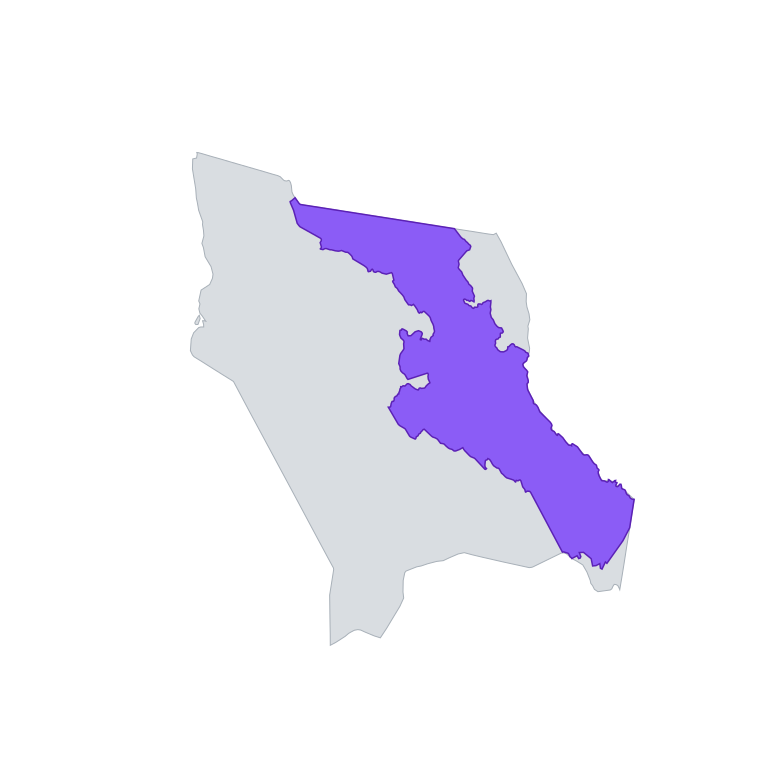 Rift Valley on a map of Kenya (Equal Earth projection), rotated 152°
{"feature_id": "KEN-890", "entity_name": "Rift Valley", "entity_type": "Province", "adm_level": 1, "iso_a3": "KEN", "parent_name": "Kenya", "parent_adm1": "", "projection": "equal_earth", "projection_center": [36.059, 0.919], "detail": "fine", "context": "in_parent", "style": "filled", "palette": "violet", "viewbox_px": 768, "rotation_deg": 152, "n_neighbors": 0, "source": "natural_earth", "source_scale": "10m", "svg_char_len": 8926}
<svg xmlns="http://www.w3.org/2000/svg" viewBox="0 0 768 768"><g transform="rotate(152 384 384)"><path d="M214.1,464.5L213.9,454.7L215.0,429.8L214.9,407.9L215.8,396.9L219.8,390.0L221.6,385.0L223.0,377.9L225.1,372.2L229.8,367.5L230.7,364.9L235.7,357.1L238.7,347.1L241.0,343.7L243.9,340.5L245.9,338.8L249.2,337.2L251.8,336.2L252.3,335.4L252.5,333.8L251.6,327.6L252.7,325.6L254.5,321.4L256.5,317.5L258.3,315.1L259.4,312.5L259.8,308.2L259.9,305.1L259.9,300.0L259.3,288.5L257.2,278.8L255.9,268.1L256.8,264.5L255.2,258.2L254.3,257.9L253.0,256.5L251.2,250.5L249.9,245.1L249.1,243.7L243.4,239.0L240.5,227.8L237.3,225.3L235.6,214.1L235.3,211.0L237.1,199.9L236.9,197.3L235.0,195.0L229.7,192.6L225.3,188.0L225.9,186.4L226.2,184.7L223.9,183.6L217.3,164.6L225.9,153.2L234.5,141.7L245.6,127.1L255.7,113.6L264.5,102.0L272.4,91.7L272.2,93.7L272.2,96.3L273.2,97.9L274.8,99.0L277.0,97.8L279.0,96.2L280.9,95.9L292.6,100.2L294.6,103.9L294.5,108.0L295.0,110.9L294.1,113.9L293.1,122.8L293.4,130.9L296.9,137.0L300.1,141.7L302.6,148.4L304.4,150.4L307.0,151.5L315.1,151.8L327.0,152.2L338.5,152.6L339.6,152.8L342.0,153.7L352.6,162.7L362.3,170.9L370.6,178.1L378.6,185.0L386.3,191.8L392.3,197.4L398.3,199.1L407.9,199.9L414.6,200.2L420.7,202.6L429.9,204.8L436.7,205.9L440.9,207.2L452.3,208.5L454.2,207.7L459.3,201.5L464.9,191.4L467.1,185.8L474.4,180.2L487.3,172.5L496.3,167.1L506.4,161.6L511.0,166.3L517.3,174.0L520.1,177.7L522.4,179.4L525.8,180.5L530.0,180.5L532.3,180.4L536.9,179.4L547.8,178.5L554.1,178.5L548.8,188.6L542.6,200.8L531.1,223.1L522.3,234.8L515.6,243.7L515.0,245.3L515.1,255.2L515.2,279.4L515.3,327.8L515.5,376.2L515.7,424.6L515.7,448.8L515.7,456.9L521.6,467.1L527.3,477.0L534.8,490.2L538.9,497.2L539.5,499.6L539.3,504.3L533.1,514.2L528.0,518.6L521.1,520.8L519.1,520.4L516.4,519.0L515.3,521.3L514.5,525.0L513.0,524.2L511.9,523.1L512.6,529.7L513.3,532.9L512.2,537.3L508.9,541.1L508.6,544.3L501.4,552.8L491.2,553.7L485.8,557.9L483.4,561.3L481.6,568.8L482.2,580.3L479.4,589.2L478.8,593.6L473.5,599.3L471.2,604.6L469.4,610.0L467.9,612.3L466.1,624.3L463.7,631.6L463.0,634.0L462.4,636.2L460.5,640.5L459.2,643.4L458.4,645.4L452.1,664.0L447.2,672.5L443.4,671.5L440.9,674.8L440.6,676.3L439.3,675.4L436.1,672.4L429.6,666.0L423.0,659.7L416.5,653.3L410.0,647.0L403.5,640.7L396.9,634.3L390.4,628.0L383.9,621.6L380.0,617.9L378.3,615.7L377.0,611.3L376.4,610.2L374.6,608.9L372.6,608.6L372.0,607.7L372.0,605.6L372.7,602.6L375.1,596.8L375.4,593.3L374.9,589.4L374.2,583.2L373.5,581.8L369.2,578.5L360.1,571.7L351.0,564.9L341.9,558.1L332.9,551.2L323.8,544.4L314.7,537.6L305.6,530.7L296.5,523.9L287.4,517.1L278.3,510.2L269.3,503.4L260.2,496.6L251.1,489.7L242.0,482.9L232.9,476.1L223.8,469.2L220.4,466.7L217.3,464.5L214.1,464.5ZM516.3,530.9L514.8,531.4L515.6,528.1L520.3,523.9L522.2,524.8L522.5,525.8L522.4,526.7L521.6,527.5L516.3,530.9Z" fill="#d9dde1" stroke="#a8b0b8" stroke-width="1"/><path d="M292.4,138.2L294.0,138.4L294.2,141.7L300.1,141.7L300.2,142.7L300.8,144.1L300.7,147.3L300.9,148.1L304.3,151.5L305.4,151.8L305.4,219.3L305.7,220.7L306.6,221.4L308.0,222.2L309.6,222.0L309.8,222.4L309.2,224.8L309.8,228.0L308.6,234.2L308.9,235.4L309.5,235.7L311.2,235.6L312.1,236.6L312.6,236.8L313.7,235.7L314.0,235.8L314.6,238.2L316.4,240.2L319.7,243.5L320.5,245.3L321.3,248.2L322.1,250.1L322.1,254.5L322.4,255.8L323.8,256.9L325.6,260.4L325.9,262.7L325.9,265.4L326.2,267.8L327.3,269.4L328.3,268.7L330.0,268.9L330.6,268.6L332.9,265.2L333.4,264.1L333.7,262.9L333.2,261.2L334.2,260.9L334.7,261.1L335.0,261.5L338.7,275.4L339.1,276.2L341.5,279.1L342.1,280.5L344.0,287.1L344.3,289.0L344.3,290.8L347.9,290.7L352.1,291.2L353.6,292.0L354.6,294.3L356.5,296.1L357.3,297.4L358.3,299.9L359.1,302.7L359.9,303.6L361.9,305.1L362.7,310.2L364.0,312.3L365.8,314.2L366.5,315.6L369.7,325.2L370.8,325.4L372.1,324.8L373.7,324.4L375.0,323.5L376.7,323.5L378.3,322.3L380.3,322.2L381.2,321.2L382.0,320.7L382.4,320.8L385.1,324.3L385.6,325.2L385.9,326.0L386.3,333.8L386.5,334.8L389.6,339.8L390.3,341.6L391.1,361.5L389.4,360.8L388.8,360.9L386.7,363.5L385.1,364.8L384.5,364.7L384.0,364.3L383.4,364.4L382.4,365.3L381.7,366.7L381.0,367.2L379.8,367.6L378.2,367.5L376.5,368.6L375.6,368.3L374.9,369.4L373.6,370.4L372.1,372.2L371.0,372.8L370.5,373.8L369.6,373.2L368.0,373.5L366.5,372.4L363.4,373.3L362.4,372.9L361.2,371.3L360.9,369.6L358.6,364.8L356.7,362.7L356.1,362.8L355.0,363.7L354.0,363.6L352.9,362.5L350.2,361.4L349.5,361.5L347.6,362.5L344.4,363.4L343.2,363.3L342.8,363.7L342.6,367.7L342.1,368.6L341.8,369.7L340.4,371.7L340.3,372.9L340.9,373.3L360.7,376.8L361.0,377.8L361.1,382.1L361.4,383.3L362.4,385.2L363.0,387.5L362.8,389.6L361.7,391.7L361.4,395.1L356.6,401.7L355.1,403.0L351.0,405.0L349.8,405.8L347.8,410.3L346.6,411.7L346.3,412.6L346.4,413.7L347.5,416.6L347.2,419.7L347.0,420.5L344.8,423.8L344.3,423.9L343.3,423.4L342.5,424.2L342.0,424.1L341.1,423.1L339.3,420.3L339.0,418.9L339.8,417.9L340.1,415.3L339.9,415.1L337.5,414.0L332.0,415.5L328.6,414.9L328.0,414.3L326.6,412.5L326.4,411.3L326.5,410.6L327.2,409.7L330.9,406.6L331.1,406.1L330.6,405.5L329.1,406.4L328.6,406.3L327.6,404.8L325.7,403.8L325.1,402.0L323.6,400.1L323.2,400.4L322.8,401.4L320.6,403.2L317.8,403.7L317.3,404.9L315.6,405.9L314.6,406.9L313.8,409.8L313.1,411.4L312.7,413.6L312.6,417.9L312.0,421.0L312.3,423.0L314.4,429.2L315.3,429.7L317.2,429.2L317.8,430.2L319.3,429.9L319.7,430.2L320.0,431.7L319.7,433.9L320.1,438.1L320.6,440.5L322.9,440.4L323.6,441.5L325.1,442.3L325.2,442.5L326.0,448.6L325.6,451.6L325.9,453.9L327.4,459.4L327.4,461.7L327.7,462.9L328.4,464.4L328.1,467.1L328.3,470.2L328.0,470.8L326.8,470.9L326.5,471.2L324.8,477.6L325.1,478.8L330.4,479.9L333.7,482.8L334.9,484.9L335.7,485.8L337.3,486.6L338.7,486.5L339.4,486.8L340.5,488.1L340.2,490.1L340.5,490.9L341.3,490.9L343.0,489.9L345.1,490.5L345.2,490.8L344.5,493.8L344.9,495.4L346.0,497.8L352.8,509.1L352.4,511.2L352.5,512.5L353.3,515.2L354.1,517.2L356.1,518.5L358.8,521.8L360.9,522.3L362.1,522.8L364.5,524.5L367.4,527.2L368.7,527.9L371.4,530.7L372.7,531.3L374.8,531.3L376.7,532.9L376.8,533.2L375.5,533.7L374.9,534.5L374.0,538.8L372.2,539.9L371.5,540.9L371.4,541.5L371.7,542.6L384.3,562.2L384.7,563.6L385.2,566.6L382.3,579.8L381.6,588.0L381.2,589.2L379.7,589.2L375.1,590.2L374.2,583.3L373.6,581.8L248.9,488.1L247.2,477.7L246.3,475.2L245.1,473.9L244.6,471.1L244.0,470.0L243.5,467.7L242.7,466.0L242.8,464.7L245.4,462.3L248.4,462.7L259.8,458.3L260.6,457.8L261.5,454.5L263.9,451.8L263.8,450.3L262.8,446.5L263.2,443.2L262.6,437.0L262.0,434.8L262.2,432.2L261.3,430.3L260.8,427.6L260.9,426.9L262.5,424.5L262.9,419.1L264.4,417.6L265.4,415.0L266.0,414.3L266.9,415.8L268.0,417.0L268.5,417.0L269.3,416.6L269.7,416.8L270.5,418.5L271.6,418.9L272.2,420.4L273.1,421.2L273.9,421.2L274.4,420.8L274.7,417.8L274.4,417.0L272.5,415.0L272.1,413.3L270.7,412.1L270.3,409.8L269.6,408.8L269.1,408.7L268.3,409.3L267.9,409.3L266.1,408.2L265.1,408.1L264.8,408.3L264.1,409.8L263.1,410.4L261.2,409.3L260.5,408.4L259.7,408.5L258.3,409.3L256.0,409.0L253.5,409.2L252.6,408.8L251.5,407.5L250.5,407.4L251.3,405.9L253.9,402.1L254.7,399.5L257.0,396.7L258.0,392.4L257.4,389.3L257.8,385.2L257.2,382.1L256.3,380.0L253.9,378.3L253.9,375.4L254.2,374.1L255.5,373.5L257.3,374.1L257.9,373.5L259.0,371.3L259.5,370.8L260.7,371.0L262.2,370.2L263.6,370.7L264.6,370.6L265.6,369.5L266.3,367.6L267.8,366.3L268.1,365.1L268.0,364.2L267.5,363.2L267.5,360.9L266.3,358.2L265.7,357.6L263.3,356.2L260.6,356.1L259.0,356.4L258.5,356.8L257.2,358.7L256.1,358.4L253.8,359.2L252.2,359.4L251.2,358.9L250.6,357.6L250.7,355.8L250.5,355.1L249.2,354.5L244.8,348.3L244.0,346.7L244.0,345.6L242.4,343.6L243.0,340.7L245.0,340.1L246.5,338.2L247.4,337.5L250.9,337.0L252.2,336.2L252.8,333.8L252.3,331.5L251.6,329.2L251.4,327.2L254.0,324.4L254.9,319.7L255.8,317.8L257.6,317.0L258.0,316.4L259.7,311.9L259.9,310.7L260.0,299.5L261.1,296.8L260.9,296.2L259.5,294.3L259.2,293.3L259.0,291.0L259.5,286.2L255.1,272.1L254.9,269.8L255.2,268.4L256.9,267.0L257.5,266.0L257.6,264.7L257.2,263.7L256.0,262.1L255.6,258.1L255.1,257.3L254.7,257.4L254.1,258.3L253.5,258.3L253.1,257.7L251.3,252.7L250.7,247.7L249.7,243.6L249.4,243.1L247.9,242.2L247.4,241.5L247.2,242.0L246.1,242.9L245.5,242.7L245.2,242.1L242.7,237.7L241.5,229.1L241.0,227.8L240.1,227.0L238.1,226.3L237.2,225.5L236.8,224.2L236.3,217.2L235.8,214.9L234.7,213.0L234.6,212.4L235.3,209.8L234.6,207.9L234.5,207.3L234.8,206.8L236.0,206.1L236.8,204.4L237.2,202.1L237.3,197.5L237.0,196.3L234.8,194.9L233.4,192.9L232.6,192.5L231.5,192.9L230.7,194.3L230.2,193.9L229.5,191.6L228.6,189.7L225.7,190.4L224.8,190.1L225.9,189.0L225.4,188.1L224.7,187.8L224.6,187.4L226.7,186.0L227.1,185.2L227.0,184.5L226.1,183.8L225.3,183.8L222.9,184.8L221.9,184.3L222.0,183.3L223.0,180.5L222.9,179.6L221.2,177.7L220.9,176.8L221.4,173.6L221.3,172.2L220.1,170.4L220.1,167.8L219.5,166.5L218.6,165.5L217.3,164.7L234.6,141.7L246.7,133.4L271.4,121.0L272.1,122.9L278.4,118.2L279.4,119.7L277.8,124.1L282.0,124.1L285.2,125.4L283.1,132.5L286.9,141.7L290.7,143.5L291.2,139.3L292.4,138.2Z" fill="#8b5cf6" stroke="#5b21b6" stroke-width="1.5"/></g></svg>